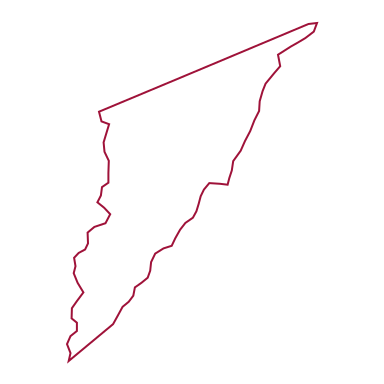 outline of Serra Grande, Paraíba, Brazil
{"feature_id": "56859067B11352872450109", "entity_name": "Serra Grande", "entity_type": "district", "adm_level": 2, "iso_a3": "BRA", "parent_name": "Brazil", "parent_adm1": "Paraíba", "projection": "orthographic", "projection_center": [-38.383, -7.238], "detail": "fine", "context": "isolated", "style": "outline", "palette": "rose", "viewbox_px": 384, "rotation_deg": 0, "n_neighbors": 0, "source": "geoboundaries", "source_scale": "gbopen_adm2", "svg_char_len": 1053}
<svg xmlns="http://www.w3.org/2000/svg" viewBox="0 0 384 384"><path d="M68.7,361.0L113.1,324.1L117.7,315.8L122.6,306.8L128.7,301.8L133.3,295.7L134.9,287.4L141.6,282.7L147.7,277.7L150.2,270.7L151.1,262.1L155.2,253.6L163.5,248.4L171.7,245.8L175.3,238.2L180.1,229.7L185.4,222.9L192.9,217.7L196.4,211.3L198.6,204.1L200.7,196.2L203.9,189.6L209.3,183.1L220.1,183.8L227.6,184.7L229.3,178.1L231.8,170.5L233.2,161.1L240.7,150.7L245.0,141.0L250.2,131.1L254.4,120.3L259.1,111.0L259.7,101.2L262.6,91.1L265.6,83.6L274.5,72.8L280.2,66.2L278.0,54.7L290.9,46.5L296.9,43.1L305.3,38.1L313.8,31.6L317.0,23.0L308.4,24.0L185.4,75.6L99.0,111.7L101.5,121.4L109.1,124.2L106.1,134.1L103.6,142.4L104.5,151.8L108.8,160.8L108.4,173.0L108.4,182.7L102.0,187.1L100.9,195.5L97.4,202.3L104.1,207.7L110.2,214.2L105.5,223.2L94.4,226.9L87.6,232.6L88.0,243.4L85.1,249.5L78.7,252.9L74.1,257.8L75.5,266.2L73.7,273.2L77.6,282.8L83.4,292.4L76.9,301.1L71.9,308.2L71.6,318.4L76.9,322.7L76.9,331.0L70.5,336.1L67.0,344.1L70.5,353.1L68.7,361.0Z" fill="none" stroke="#9f1239" stroke-width="2"/></svg>